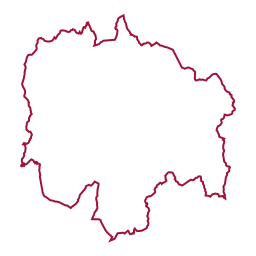 Tu Mo Rong, Kon Tum, Vietnam (Equal Earth projection)
{"feature_id": "81297802B16541954250717", "entity_name": "Tu Mo Rong", "entity_type": "district", "adm_level": 2, "iso_a3": "VNM", "parent_name": "Vietnam", "parent_adm1": "Kon Tum", "projection": "equal_earth", "projection_center": [107.945, 14.888], "detail": "fine", "context": "isolated", "style": "outline", "palette": "rose", "viewbox_px": 256, "rotation_deg": 0, "n_neighbors": 0, "source": "geoboundaries", "source_scale": "gbopen_adm2", "svg_char_len": 5733}
<svg xmlns="http://www.w3.org/2000/svg" viewBox="0 0 256 256"><path d="M24.4,64.4L25.4,66.0L25.4,66.8L25.7,68.0L25.2,69.5L24.6,72.2L24.6,74.3L23.8,78.3L22.2,83.6L22.2,84.5L22.8,86.2L24.8,90.1L25.1,91.3L25.2,92.9L24.2,95.9L24.4,96.8L25.4,97.5L28.2,100.5L28.5,102.1L29.0,102.6L28.6,103.7L28.8,106.0L29.7,107.0L30.5,108.5L30.4,110.1L31.0,111.4L30.8,112.7L31.7,114.1L30.1,115.6L30.1,116.4L29.0,118.0L29.0,120.9L27.6,121.8L27.1,122.6L26.8,123.9L26.7,125.4L26.3,126.5L26.5,129.8L27.6,130.5L28.7,131.8L30.4,131.7L31.9,134.6L31.7,135.3L31.3,135.9L30.9,138.2L29.9,139.0L29.9,140.1L29.3,140.5L28.9,142.1L28.3,142.9L26.4,143.9L24.0,143.0L23.1,144.4L24.7,144.8L25.1,145.7L25.6,148.0L25.2,151.8L24.0,153.4L24.2,155.6L23.7,156.5L23.6,157.2L21.9,159.1L21.8,161.3L22.6,163.7L21.1,165.6L21.3,166.2L22.0,166.3L22.8,165.8L24.1,165.9L24.2,165.4L23.8,163.9L23.9,163.4L24.2,163.5L25.0,164.7L26.7,164.0L31.2,159.4L33.2,160.3L33.7,161.0L34.0,162.1L34.3,162.3L34.9,162.1L35.2,163.4L35.7,163.3L36.4,162.1L36.7,161.9L36.9,162.1L37.2,163.7L37.6,163.3L39.7,164.0L40.0,165.4L39.4,166.2L39.6,168.0L39.2,170.2L40.3,175.2L39.8,176.2L42.7,192.7L43.3,193.8L43.8,195.5L44.4,196.2L46.9,197.6L50.1,200.2L53.4,200.8L54.8,201.5L56.1,201.5L59.2,202.2L65.4,205.4L67.2,205.5L70.7,208.0L71.6,207.0L76.0,203.8L78.1,200.9L78.1,200.5L77.9,199.8L79.2,197.9L79.8,195.1L83.8,190.3L84.3,190.1L84.8,188.9L85.3,188.7L85.6,188.1L85.8,186.6L86.4,185.9L89.2,184.8L90.4,185.6L91.3,185.5L93.1,183.7L94.7,181.6L98.5,183.6L98.5,185.4L97.6,189.0L97.3,193.5L97.5,195.8L96.7,196.6L96.2,198.0L96.3,199.7L96.9,202.1L97.3,202.8L96.9,204.4L97.3,206.0L97.3,208.5L96.5,209.4L96.5,210.4L95.8,210.7L95.4,211.7L94.5,212.4L94.3,213.9L92.0,219.2L98.7,219.3L100.3,219.8L101.5,222.8L105.7,230.6L107.6,232.9L112.2,237.0L110.3,240.6L114.6,238.8L117.6,233.3L123.3,232.7L124.8,233.6L126.2,232.1L128.0,230.7L128.3,230.9L129.9,234.0L130.7,234.2L131.8,233.9L132.5,233.1L133.7,233.5L134.1,232.2L134.0,230.4L134.2,229.4L134.8,228.5L136.7,230.8L137.5,231.2L142.0,230.6L146.4,228.3L146.8,227.7L147.3,225.9L148.0,225.3L148.4,223.8L148.4,222.8L147.6,220.8L148.4,219.4L148.4,218.4L148.2,217.6L147.3,216.5L147.2,215.9L148.0,214.4L148.0,212.7L148.8,211.7L149.3,210.4L148.7,208.5L147.5,207.1L146.2,206.4L146.2,205.4L147.2,204.7L147.3,203.5L147.0,203.2L146.0,203.3L145.7,202.9L145.1,201.2L145.3,200.0L145.9,199.0L146.5,197.5L148.3,196.4L149.6,196.4L151.4,195.7L155.0,192.5L155.2,191.4L154.6,189.5L155.5,187.5L156.5,187.2L156.8,185.8L157.4,184.8L158.6,184.5L159.0,183.6L160.1,182.8L160.8,182.9L161.7,184.0L162.4,183.1L164.0,182.5L166.2,181.1L166.4,180.2L165.6,179.0L165.6,177.0L165.2,175.9L167.7,172.9L168.7,172.3L171.7,172.4L172.8,173.0L174.6,176.7L175.3,177.5L175.3,178.1L174.7,179.1L175.4,179.8L175.8,181.2L176.2,181.5L177.3,181.6L178.3,183.0L178.5,183.8L179.3,184.6L179.8,184.5L182.0,185.5L183.5,184.7L188.9,180.9L189.9,180.4L190.5,179.8L191.0,179.7L192.4,180.2L193.2,180.2L194.0,179.7L195.9,177.8L197.3,177.7L198.5,176.4L200.5,176.4L201.0,177.3L201.2,181.0L202.9,181.9L203.1,184.0L204.1,185.7L204.2,187.8L205.2,189.5L205.2,191.0L206.0,192.2L205.6,195.5L208.8,195.9L210.3,196.7L211.9,194.7L212.4,194.4L215.1,193.6L217.2,193.9L218.5,194.4L218.8,196.3L219.1,196.6L223.0,195.9L223.7,197.6L225.2,198.5L224.8,196.4L224.9,194.8L223.5,192.0L223.8,189.4L223.4,186.9L225.0,183.7L225.9,177.2L227.0,175.0L226.9,173.3L229.0,171.4L229.3,170.7L229.2,168.8L229.9,167.3L229.4,166.5L227.5,166.4L226.7,165.9L226.2,165.3L225.8,163.2L224.2,161.6L223.0,154.1L224.2,150.7L223.8,149.7L223.3,149.1L223.2,147.0L223.4,144.8L224.1,142.7L224.3,141.4L224.1,140.8L223.0,140.0L223.9,139.3L224.3,138.7L219.4,136.9L218.7,134.0L217.9,132.7L217.4,131.1L216.6,130.4L216.6,129.9L217.0,128.3L218.1,126.0L219.3,125.7L220.6,124.7L221.5,123.3L221.7,122.3L221.1,120.2L221.2,119.7L221.5,119.3L222.8,119.0L223.7,118.1L224.3,116.4L224.6,114.6L227.9,115.4L231.8,113.9L232.3,113.2L232.4,111.7L233.0,111.0L234.7,109.9L234.9,108.5L232.5,105.4L232.6,104.8L233.2,103.7L232.9,102.5L234.0,102.0L234.1,100.8L233.3,99.2L232.5,98.5L232.0,97.5L231.4,97.1L231.5,94.9L229.8,94.3L229.8,93.4L229.4,92.4L227.3,91.8L225.6,90.3L224.6,88.6L224.6,87.3L224.2,86.3L222.7,84.7L222.0,83.6L221.3,80.7L220.6,79.3L216.4,73.9L215.0,73.8L212.4,74.5L208.9,77.9L207.5,78.4L206.3,80.4L205.0,80.3L202.5,79.5L201.0,79.8L199.5,79.3L198.1,80.1L195.7,80.4L194.9,78.9L195.0,78.1L194.8,77.2L195.2,72.0L193.3,70.2L192.7,69.1L191.4,68.8L189.3,67.7L187.8,67.5L185.0,68.7L181.9,67.5L172.8,49.7L167.0,47.3L164.9,47.0L161.9,45.6L160.0,45.5L158.9,44.2L156.2,42.5L155.2,43.6L151.4,45.9L150.5,44.0L148.4,42.5L146.7,42.7L145.8,43.5L143.4,43.7L142.6,44.9L141.9,45.3L141.0,45.0L140.7,44.2L139.2,43.0L138.8,41.6L137.2,39.3L137.0,36.9L135.7,36.4L134.7,36.6L133.7,35.6L132.0,34.8L130.8,34.8L131.1,34.0L130.8,33.5L130.0,33.1L129.6,31.6L128.0,29.8L127.0,28.2L125.8,23.1L125.0,21.8L124.1,19.3L123.5,15.4L120.1,17.1L118.2,18.6L117.5,21.6L116.3,23.3L116.3,24.6L116.5,26.3L115.6,26.9L115.3,28.0L115.8,29.2L116.8,29.3L117.5,30.6L117.0,34.7L116.5,35.7L116.3,37.0L114.8,39.8L103.4,40.7L102.0,41.7L101.1,42.0L98.9,44.2L94.3,45.6L95.0,44.0L95.0,40.8L96.0,39.1L95.8,37.0L95.4,35.9L95.3,34.5L94.2,33.6L93.6,31.5L91.7,31.1L88.0,22.4L86.8,22.9L86.7,23.6L87.2,24.6L86.2,25.2L85.1,27.8L84.0,27.1L83.4,27.4L83.0,29.3L82.3,30.8L82.3,32.2L80.9,33.8L80.4,33.4L79.7,31.9L78.7,33.6L76.7,32.8L75.9,32.0L75.0,30.2L72.9,29.2L72.0,30.1L70.8,30.3L69.9,31.6L69.3,31.9L67.2,31.8L66.0,31.0L64.9,30.7L62.6,30.4L60.8,30.6L60.5,30.9L60.1,32.3L59.5,33.4L57.9,34.8L55.7,38.5L54.4,37.3L53.9,38.5L52.5,40.5L49.6,41.5L47.4,41.5L45.3,41.0L44.4,40.5L43.3,39.1L41.6,38.5L41.1,37.9L38.7,38.5L37.6,40.4L37.6,42.8L36.7,44.1L36.2,45.7L36.7,48.4L36.4,49.8L31.9,54.7L28.8,54.8L28.0,55.4L26.9,57.4L25.7,62.4L24.4,64.4Z" fill="none" stroke="#9f1239" stroke-width="2"/></svg>